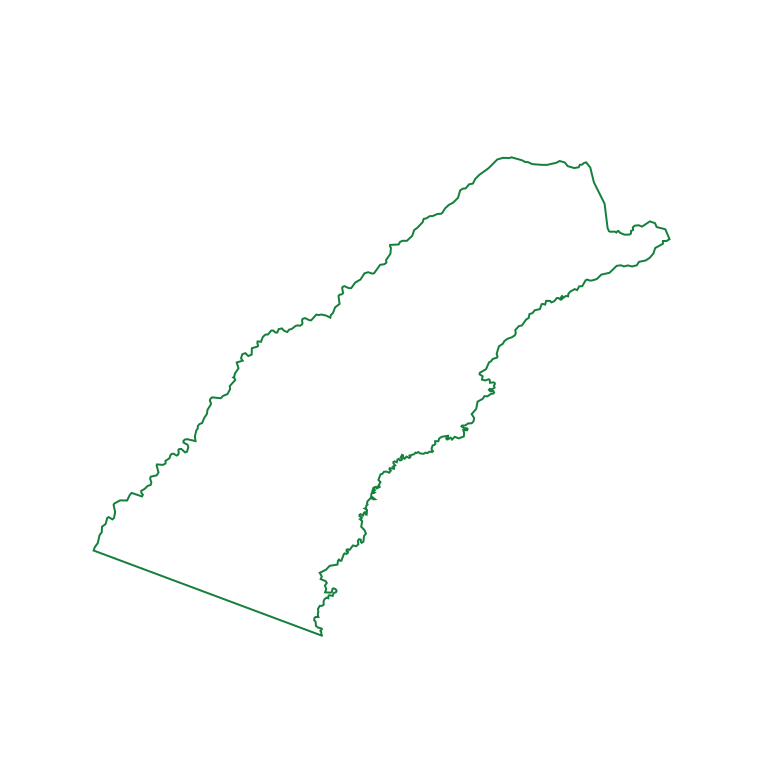 Castilla La Nueva, Meta, Colombia, rotated 122°
{"feature_id": "7082276B35606962606401", "entity_name": "Castilla La Nueva", "entity_type": "district", "adm_level": 2, "iso_a3": "COL", "parent_name": "Colombia", "parent_adm1": "Meta", "projection": "orthographic", "projection_center": [-73.54, 3.813], "detail": "fine", "context": "isolated", "style": "outline", "palette": "green", "viewbox_px": 768, "rotation_deg": 122, "n_neighbors": 0, "source": "geoboundaries", "source_scale": "gbopen_adm2", "svg_char_len": 6160}
<svg xmlns="http://www.w3.org/2000/svg" viewBox="0 0 768 768"><g transform="rotate(122 384 384)"><path d="M109.9,218.6L103.7,227.4L106.4,236.0L104.0,239.4L105.2,244.7L113.8,248.6L114.4,252.1L116.9,255.3L119.3,256.0L121.4,254.4L123.3,255.6L125.6,254.3L127.1,254.9L129.9,259.1L130.7,263.9L130.0,266.2L130.3,266.8L132.4,267.2L132.5,269.1L135.0,272.8L135.2,274.2L133.3,277.0L114.2,292.5L101.8,312.8L91.1,323.8L88.9,330.1L90.8,331.6L93.1,332.4L94.4,334.1L97.0,333.7L100.1,337.2L101.9,343.8L100.3,348.0L101.8,353.2L105.2,355.2L111.9,362.0L114.7,366.6L119.0,374.9L119.5,379.4L120.9,381.8L121.1,385.4L124.2,396.0L126.1,397.6L129.1,402.9L133.5,406.9L145.6,409.7L156.1,414.0L161.9,415.3L166.9,414.8L169.6,417.7L174.8,418.4L176.6,420.7L179.5,422.0L186.8,419.9L193.6,421.5L197.9,424.0L202.8,425.3L207.8,425.2L209.4,425.8L211.5,428.8L215.6,431.6L217.6,434.3L221.0,435.8L222.9,437.8L226.4,437.0L233.9,438.5L237.4,440.0L243.3,438.6L250.5,440.5L252.8,444.3L255.2,445.7L257.9,445.5L262.8,452.5L264.1,451.8L264.8,450.3L270.1,447.6L277.8,447.9L279.8,446.3L282.3,447.2L284.9,450.4L295.3,451.1L296.6,452.4L297.6,456.7L300.5,459.2L307.8,459.3L313.3,462.2L320.1,462.6L321.4,464.7L321.9,469.1L323.2,470.4L324.8,470.4L328.5,466.9L330.2,467.2L331.8,469.0L333.5,469.2L339.6,464.1L345.0,466.1L350.8,464.9L353.7,465.6L356.2,464.7L356.6,469.2L358.3,474.0L360.1,475.8L361.0,478.2L368.6,479.5L369.5,481.3L369.9,485.8L371.7,487.4L373.2,487.4L375.9,485.2L377.4,485.2L379.2,486.2L380.0,488.3L381.7,489.8L386.2,491.4L388.1,493.2L391.2,493.6L391.8,496.8L391.0,500.1L393.3,502.4L396.9,501.8L397.9,503.4L397.3,506.1L398.5,508.0L403.4,508.6L404.9,510.7L408.2,511.7L413.4,510.7L414.8,513.7L416.3,513.2L418.2,511.1L419.2,511.1L423.7,515.0L429.2,511.8L432.2,513.9L431.3,517.9L433.8,519.9L438.0,518.9L439.1,516.2L443.8,520.3L447.8,515.7L454.1,516.0L457.1,514.9L458.3,515.3L458.2,514.1L459.5,512.3L467.4,513.7L469.9,511.8L475.5,511.4L479.4,514.2L482.6,514.9L486.4,522.7L488.7,523.4L490.5,522.8L491.9,520.6L493.2,520.0L499.5,520.0L503.2,518.3L507.9,518.5L513.5,517.6L515.7,519.2L518.3,519.6L520.6,518.3L522.7,518.6L528.7,516.6L532.3,513.6L535.1,521.7L536.7,523.5L538.5,523.9L539.9,523.0L539.6,518.5L541.2,516.5L545.9,515.2L547.4,516.4L546.5,521.5L547.7,523.2L549.0,523.4L551.4,521.4L553.7,521.3L554.6,522.0L554.6,525.4L555.7,527.0L557.4,527.4L560.7,526.6L565.1,528.6L566.7,527.3L567.8,527.4L569.8,528.7L572.5,533.9L573.5,533.7L578.6,528.3L582.0,528.4L586.2,532.7L588.2,532.2L590.8,529.1L593.3,528.4L595.6,530.4L599.8,531.4L603.3,533.3L604.9,532.1L605.7,529.8L607.6,529.6L610.1,540.3L612.8,540.8L618.9,540.1L622.6,546.2L628.4,549.4L629.9,549.2L635.0,544.2L640.5,542.0L642.7,542.5L642.8,547.0L644.3,547.7L650.3,545.9L654.5,547.5L659.3,544.8L663.0,545.1L670.7,542.4L675.7,542.8L679.1,542.0L630.2,302.6L629.7,304.4L627.7,305.7L627.1,307.1L625.0,306.7L624.4,307.3L625.5,310.7L625.2,313.5L621.8,316.1L621.4,318.0L619.3,319.0L617.8,318.5L616.4,316.1L614.8,317.9L611.8,319.1L609.8,320.8L606.2,320.9L604.9,319.0L603.1,318.2L600.3,320.1L598.2,320.4L595.8,319.6L595.2,317.7L593.3,318.8L592.1,318.5L590.9,315.2L588.0,316.0L586.0,314.4L584.6,314.5L583.7,316.1L583.9,318.4L585.1,319.1L587.6,318.1L589.2,318.6L591.9,323.6L588.4,324.4L586.2,327.3L583.0,327.1L582.1,329.1L583.0,334.3L580.1,334.8L578.2,338.5L572.3,334.8L567.0,333.7L561.8,327.8L558.2,329.4L556.7,329.1L557.2,327.4L556.4,326.5L549.6,327.9L548.6,327.7L547.9,325.7L546.4,325.2L545.2,325.7L545.7,327.0L544.4,327.9L543.4,327.2L542.7,325.2L537.4,324.8L536.3,321.6L533.5,320.8L531.0,323.0L528.9,323.0L528.3,321.2L530.2,320.0L530.5,318.8L528.6,317.9L523.4,320.4L520.5,320.0L518.2,323.3L517.1,327.7L511.9,329.8L511.4,332.7L509.9,331.7L508.9,332.1L509.1,334.7L508.1,335.4L506.9,335.1L506.6,332.1L504.0,332.8L502.6,332.2L502.7,331.4L504.3,330.4L504.0,329.5L499.9,331.6L499.8,334.4L498.6,333.5L496.4,334.6L494.9,334.1L494.1,335.3L492.2,335.8L487.7,334.9L487.3,331.7L486.5,330.6L486.0,335.4L483.8,336.5L482.7,336.5L481.9,334.8L480.9,334.4L481.4,336.9L480.5,337.0L478.8,335.6L478.4,336.2L479.5,337.5L477.6,338.0L475.5,336.4L476.3,334.8L473.6,333.1L473.1,333.7L473.8,334.8L469.1,335.0L468.3,337.9L462.4,339.1L461.3,337.9L458.4,337.5L456.8,335.1L456.5,332.6L453.9,332.3L453.4,334.3L452.2,334.4L450.6,330.6L449.6,331.0L449.2,332.6L447.1,331.3L446.3,333.9L445.2,334.7L444.0,334.1L443.6,331.7L441.0,332.5L439.7,331.9L440.3,329.8L439.1,328.8L437.9,329.0L437.5,330.9L434.5,331.1L434.4,330.2L436.6,328.1L436.5,326.9L433.6,326.4L433.4,323.4L431.8,322.9L431.1,324.4L427.6,321.3L425.5,320.9L425.3,319.9L423.5,318.8L423.8,316.8L422.3,313.5L420.3,312.5L419.5,310.4L417.4,309.7L416.0,307.0L415.1,306.8L414.5,308.6L413.3,309.5L410.3,310.2L408.9,308.9L407.6,308.8L405.4,310.3L403.7,307.6L400.8,308.3L398.1,307.0L393.9,302.2L394.9,301.7L397.0,302.5L397.7,301.6L397.3,300.6L394.2,299.1L395.1,296.9L391.3,296.0L390.5,291.8L386.2,288.5L383.1,290.1L381.1,292.3L379.2,289.0L377.8,289.3L377.6,290.4L379.1,292.7L378.8,295.9L377.8,295.7L376.2,293.2L372.9,291.8L370.8,288.8L368.2,288.3L365.1,289.5L363.1,293.7L356.3,292.6L349.4,295.3L344.2,292.4L341.1,292.4L339.6,289.7L335.5,288.0L334.2,286.2L333.0,286.0L332.0,287.5L333.8,290.0L333.4,291.9L332.1,291.7L331.4,289.7L328.5,288.3L327.2,289.9L325.4,289.9L324.5,290.6L324.5,291.9L326.8,294.8L324.7,296.3L324.4,297.6L327.4,300.1L328.4,303.2L325.1,304.5L325.2,308.1L323.7,308.7L317.3,305.3L310.1,306.4L307.8,305.2L305.2,305.1L301.7,302.1L300.8,302.2L298.6,304.5L291.1,306.5L286.8,304.5L283.8,304.7L280.3,303.3L276.6,300.3L273.3,298.8L271.2,299.1L268.7,301.3L263.3,300.2L261.3,298.1L253.9,297.6L251.4,296.3L247.6,297.7L245.3,295.7L241.5,295.2L237.9,291.5L232.9,292.6L232.1,292.1L231.2,289.4L227.6,290.6L225.5,287.1L226.1,285.4L223.6,283.5L219.4,282.9L218.7,281.5L218.9,278.9L218.1,278.1L217.3,278.1L216.9,279.8L215.0,279.6L215.5,277.4L213.0,276.5L212.1,274.3L210.0,275.4L207.2,275.1L202.5,272.6L202.0,270.0L197.7,270.2L196.0,267.7L189.2,268.0L187.7,266.9L187.2,264.2L186.1,262.6L182.3,259.2L176.1,257.7L170.2,251.7L160.5,249.3L157.8,246.0L157.1,242.8L154.2,240.0L152.9,235.9L149.3,232.5L145.3,232.5L140.5,227.5L136.1,225.5L130.4,224.7L125.0,226.1L117.3,221.8L114.9,223.2L113.0,220.2L109.9,218.6Z" fill="none" stroke="#15803d" stroke-width="2"/></g></svg>